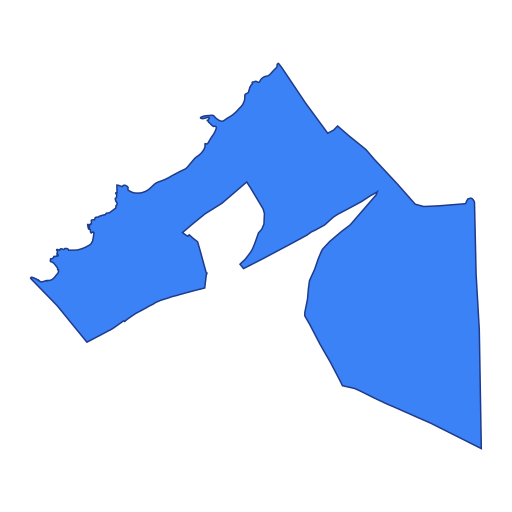 Al Raml, Al Iskandariyah, Egypt
{"feature_id": "37247803B98787115048764", "entity_name": "Al Raml", "entity_type": "district", "adm_level": 2, "iso_a3": "EGY", "parent_name": "Egypt", "parent_adm1": "Al Iskandariyah", "projection": "albers", "projection_center": [29.965, 31.237], "detail": "fine", "context": "isolated", "style": "filled", "palette": "blue", "viewbox_px": 512, "rotation_deg": 0, "n_neighbors": 0, "source": "geoboundaries", "source_scale": "gbopen_adm2", "svg_char_len": 5787}
<svg xmlns="http://www.w3.org/2000/svg" viewBox="0 0 512 512"><path d="M481.3,448.6L479.3,329.6L476.1,274.4L474.5,202.4L474.0,201.0L473.6,200.5L473.2,199.8L472.2,198.7L470.8,198.1L467.8,199.0L466.9,200.7L465.5,203.7L437.9,205.9L423.7,206.5L415.2,204.2L397.2,183.8L374.2,159.2L366.0,149.6L348.1,135.1L337.6,126.0L333.6,130.1L327.7,133.2L305.3,102.7L292.2,83.1L281.5,67.2L278.5,63.4L277.8,63.7L277.5,63.9L277.2,64.3L277.1,64.8L277.1,65.9L277.0,66.5L276.7,67.1L276.4,67.6L276.0,68.1L274.0,70.0L270.5,73.8L269.7,74.7L269.0,75.2L268.3,75.6L267.6,76.0L267.0,76.1L265.4,76.4L264.6,76.6L264.1,76.9L262.9,77.6L261.9,78.4L261.2,79.1L260.7,79.8L259.7,81.5L259.2,82.1L258.6,82.3L258.2,82.3L256.3,81.4L255.7,81.3L255.1,81.4L254.3,81.8L253.9,81.9L252.9,82.0L252.7,82.0L252.3,82.3L252.2,82.4L252.1,82.7L252.2,83.8L252.2,84.2L252.1,84.3L251.4,84.8L251.0,85.3L250.5,86.3L249.8,87.3L249.7,87.7L249.5,88.9L249.0,90.0L248.8,91.3L248.5,91.9L248.4,92.2L248.0,92.8L247.7,93.0L247.3,93.2L246.2,93.7L245.6,94.0L245.2,94.4L245.0,94.8L244.9,95.1L244.8,95.7L244.8,98.4L244.6,99.9L244.3,100.8L243.7,102.3L243.1,103.7L242.4,105.0L241.9,105.6L241.3,106.4L238.9,108.8L236.5,111.5L233.7,114.0L231.8,115.5L229.5,116.9L226.8,118.5L224.2,120.4L223.5,120.8L222.8,121.1L222.3,121.2L221.8,121.2L220.8,121.0L220.0,120.8L218.7,120.1L217.7,119.5L216.5,118.6L215.6,117.8L213.8,115.9L213.1,115.5L212.5,115.3L211.7,115.3L210.8,115.3L209.5,115.5L206.4,115.7L204.8,115.9L203.4,116.2L202.3,116.6L201.3,117.0L200.9,117.3L200.6,117.6L200.5,117.8L200.5,118.0L200.9,118.3L202.0,118.6L202.7,118.7L203.4,118.6L204.0,118.5L206.3,117.8L207.2,117.6L208.4,117.5L209.0,117.6L209.2,117.8L209.3,117.9L209.3,118.2L209.0,118.7L208.4,119.8L208.1,120.6L206.6,120.0L208.0,120.7L208.3,121.8L212.3,125.7L213.5,126.5L214.8,126.2L215.8,126.4L216.4,127.8L215.8,129.7L214.9,131.8L213.7,134.1L211.7,136.8L210.3,139.1L207.9,143.2L206.9,144.0L205.3,143.6L205.1,143.6L205.0,144.3L205.0,146.9L203.9,149.5L202.3,151.8L200.8,153.6L198.4,155.6L196.6,156.8L194.6,158.5L187.3,167.2L186.4,168.1L185.5,168.8L184.4,169.4L179.1,171.9L178.0,172.5L171.6,175.9L169.8,177.0L165.6,179.2L163.6,180.0L161.9,180.7L158.0,182.1L156.7,182.7L155.7,183.3L154.2,184.4L152.6,185.9L150.2,188.2L149.3,189.0L147.9,190.0L146.1,191.1L144.6,191.7L143.3,192.2L141.3,192.8L140.8,192.9L138.0,193.1L135.1,193.0L133.6,192.8L130.4,191.5L128.5,190.3L127.9,189.7L128.1,187.5L127.0,186.2L126.3,185.8L124.9,185.2L124.4,185.2L123.3,185.4L122.9,185.8L122.4,186.5L122.1,186.6L118.5,185.3L116.9,185.1L117.0,193.0L115.9,192.8L115.7,193.2L116.8,195.3L116.7,195.8L116.4,197.5L115.4,198.4L115.2,198.7L115.8,201.1L117.1,203.0L117.2,203.4L116.9,204.8L116.2,205.4L115.9,205.9L115.9,207.4L115.6,208.2L109.5,212.7L107.6,213.1L106.3,213.2L105.2,214.7L104.4,214.8L102.6,215.2L99.2,216.3L98.4,216.9L97.9,217.2L97.5,217.3L96.7,217.1L96.0,217.2L95.2,217.7L94.8,218.6L94.6,219.3L94.6,219.7L94.4,219.8L91.9,219.9L91.3,220.4L91.4,223.1L91.2,223.4L91.3,224.0L90.9,224.2L90.3,224.1L90.2,224.2L89.9,225.0L89.6,225.1L89.3,224.7L89.1,224.8L89.5,228.2L89.5,228.5L89.2,228.4L89.0,228.1L88.4,224.9L88.1,224.4L87.8,224.4L87.6,224.7L88.0,226.8L88.3,228.2L88.7,229.1L89.5,229.3L90.3,229.6L90.5,231.9L90.8,232.5L91.1,232.9L91.6,232.9L92.0,232.4L92.5,232.4L93.0,232.1L93.4,232.1L93.7,232.4L94.0,232.8L93.2,237.9L92.6,241.0L91.0,243.8L90.3,244.4L89.1,245.3L86.4,246.7L86.3,246.9L82.4,248.5L79.9,249.3L77.6,249.9L76.1,250.1L68.7,250.2L68.7,249.9L68.6,249.7L68.3,249.3L67.6,248.8L66.1,248.4L65.0,248.5L64.7,248.6L64.2,249.1L64.0,249.4L63.7,249.5L63.1,249.4L62.7,249.2L61.8,248.8L60.7,248.8L60.1,249.2L60.1,249.5L59.6,249.9L59.6,250.1L57.1,249.4L56.8,249.6L56.6,250.0L56.7,250.3L57.4,250.7L57.5,250.8L57.3,252.6L57.0,253.1L57.1,253.6L57.5,253.9L57.7,254.2L57.7,254.5L57.1,254.5L57.2,254.8L57.4,254.8L57.7,254.8L58.2,255.1L57.9,255.9L57.8,256.1L57.2,256.3L56.9,256.2L56.3,256.0L56.2,256.0L55.6,256.5L54.8,256.5L54.3,256.4L54.1,256.3L53.8,256.6L53.7,256.8L53.5,257.6L53.0,258.0L52.2,258.6L51.5,258.8L51.2,258.8L50.8,258.7L50.6,258.8L50.5,259.1L50.5,259.6L50.5,260.1L50.4,260.5L50.3,260.8L50.4,261.2L50.5,261.5L50.9,261.8L51.5,261.8L51.8,261.9L53.0,262.7L53.8,263.2L57.2,267.5L57.6,268.4L57.7,268.7L57.6,269.4L57.7,269.7L57.9,269.8L58.1,269.8L58.2,269.7L58.3,269.8L58.5,270.3L58.6,271.1L58.3,271.8L58.3,272.4L58.0,273.0L57.5,273.7L56.4,274.9L55.3,276.4L55.1,276.6L54.4,277.5L53.2,278.6L52.1,279.5L50.8,280.1L50.3,280.2L50.0,280.3L49.6,280.4L49.1,280.5L48.4,280.4L47.5,280.5L47.5,280.8L46.8,280.9L46.7,280.5L42.6,281.7L41.6,281.9L41.1,281.8L40.5,281.7L39.1,280.7L38.6,280.1L38.4,280.4L37.1,279.5L36.0,278.8L33.8,277.9L32.3,277.3L31.8,277.4L31.3,277.2L30.7,277.9L31.4,278.3L31.0,278.8L57.0,305.5L86.9,342.2L112.5,328.7L123.8,320.7L124.7,321.5L127.1,319.4L131.3,316.4L135.8,313.4L145.0,308.5L149.5,305.9L153.2,304.1L155.8,302.4L161.0,300.2L168.8,297.8L171.4,296.8L176.6,295.5L180.3,294.4L193.5,290.8L204.7,288.0L206.2,275.6L206.9,273.3L206.4,273.4L200.5,251.9L197.6,241.8L193.1,238.3L189.2,234.8L187.8,236.2L186.2,235.3L183.7,233.5L182.5,232.6L191.6,224.8L205.1,213.8L209.1,211.3L221.9,203.3L246.7,182.0L250.4,187.7L262.8,208.4L263.3,209.6L264.4,213.5L264.0,222.8L263.9,224.2L261.7,229.3L258.5,232.9L254.6,243.9L252.2,249.6L250.1,252.9L246.5,257.6L244.6,259.9L241.8,262.4L240.0,264.2L243.5,268.6L263.5,258.4L291.3,243.6L306.8,235.2L311.4,231.9L314.9,230.3L324.6,225.0L333.5,217.0L337.7,214.3L350.2,207.7L361.5,201.6L370.0,196.0L376.8,192.2L377.2,191.9L376.2,194.8L350.2,224.9L341.2,231.7L329.8,241.4L322.8,248.9L321.6,250.8L318.0,259.4L317.5,261.0L314.6,269.4L309.5,280.6L308.4,288.6L307.5,299.1L304.8,312.5L304.8,315.9L309.7,324.4L320.0,344.2L325.2,353.3L330.1,361.7L340.9,382.4L342.4,385.7L354.3,388.4L359.0,390.4L373.6,397.7L386.9,404.0L393.8,406.9L417.7,417.5L430.5,423.1L481.3,448.6Z" fill="#3b82f6" stroke="#1e3a8a" stroke-width="1.5"/></svg>